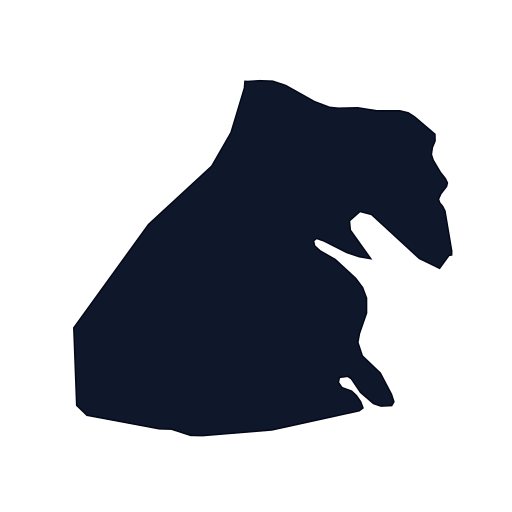 an SVG outline of Corozal, rotated 81°
{"feature_id": "BLZ-1325", "entity_name": "Corozal", "entity_type": "District", "adm_level": 1, "iso_a3": "BLZ", "parent_name": "Belize", "parent_adm1": "", "projection": "robinson", "projection_center": [-88.323, 18.225], "detail": "fine", "context": "isolated", "style": "filled", "palette": "ink", "viewbox_px": 512, "rotation_deg": 81, "n_neighbors": 0, "source": "natural_earth", "source_scale": "10m", "svg_char_len": 1137}
<svg xmlns="http://www.w3.org/2000/svg" viewBox="0 0 512 512"><g transform="rotate(81 256 256)"><path d="M213.7,55.5L217.1,56.9L223.4,63.6L228.4,66.9L232.3,66.2L236.1,63.9L241.1,62.3L281.8,61.9L285.6,62.6L285.6,65.3L296.9,76.6L284.0,95.1L233.1,135.4L228.3,146.3L235.8,158.1L245.1,158.8L276.6,143.1L272.9,154.1L266.8,165.8L251.7,186.7L248.1,193.4L250.0,196.8L255.1,196.5L260.9,191.9L271.9,178.2L293.7,161.0L304.0,155.6L314.9,153.4L329.6,155.7L348.7,165.9L357.3,168.9L371.3,166.6L391.1,151.5L413.9,143.8L421.6,142.6L425.0,145.4L423.8,156.1L420.1,163.1L407.1,174.1L392.1,181.1L389.2,184.3L389.0,192.6L393.7,194.4L399.4,191.7L404.4,182.7L409.7,178.6L416.4,175.4L422.8,174.1L425.0,178.2L430.3,267.5L425.1,336.8L423.0,348.6L413.8,366.7L411.6,378.5L386.9,447.9L375.7,456.3L375.6,456.5L298.4,447.2L208.0,357.2L160.3,285.7L130.2,261.4L88.3,241.2L81.7,239.6L82.3,237.0L83.4,225.0L85.9,212.2L92.2,200.0L112.5,174.3L120.6,160.2L122.9,151.5L125.5,132.3L131.4,114.2L135.0,91.4L138.4,83.2L143.4,77.6L163.7,60.2L170.3,61.1L176.4,64.8L183.2,66.9L189.0,66.0L202.1,60.8L209.3,56.8L213.7,55.5Z" fill="#0f172a" stroke="#020617" stroke-width="1.5"/></g></svg>